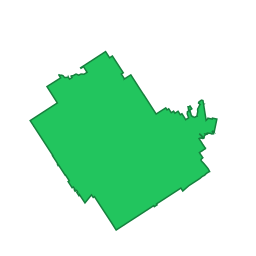 Swan, Western Australia, Australia, rotated 237°
{"feature_id": "25037944B80977400134390", "entity_name": "Swan", "entity_type": "district", "adm_level": 2, "iso_a3": "AUS", "parent_name": "Australia", "parent_adm1": "Western Australia", "projection": "albers", "projection_center": [116.002, -31.77], "detail": "fine", "context": "isolated", "style": "filled", "palette": "green", "viewbox_px": 256, "rotation_deg": 237, "n_neighbors": 0, "source": "geoboundaries", "source_scale": "gbopen_adm2", "svg_char_len": 4966}
<svg xmlns="http://www.w3.org/2000/svg" viewBox="0 0 256 256"><g transform="rotate(237 128 128)"><path d="M78.7,184.9L78.7,185.0L79.1,185.0L79.4,185.2L79.5,185.3L80.0,185.2L80.3,185.3L80.7,185.3L81.2,185.3L81.8,185.2L82.1,185.1L82.4,185.0L82.7,184.9L83.2,184.8L83.6,184.7L83.9,184.7L84.0,184.7L84.3,184.6L84.1,184.8L83.9,184.9L83.7,184.9L83.3,185.0L82.8,185.2L82.6,185.2L82.3,185.3L81.9,185.4L81.3,185.6L81.2,185.6L80.9,185.6L80.6,185.5L80.0,185.6L79.6,185.5L79.0,185.3L78.7,185.2L78.4,185.2L78.4,185.3L78.2,185.7L78.2,185.8L78.2,186.3L78.3,186.4L78.4,186.6L78.7,186.6L78.9,186.7L79.3,187.1L79.5,187.5L79.7,187.8L79.8,188.0L79.9,188.4L80.0,188.5L80.1,188.8L80.1,189.0L80.2,189.3L80.3,189.4L80.5,189.4L80.9,189.4L80.8,189.5L80.6,189.5L80.3,189.5L80.2,189.5L80.1,189.9L80.0,190.1L79.9,190.3L79.8,190.7L79.7,190.9L79.7,191.1L79.7,191.3L79.7,191.5L79.8,191.6L79.8,191.8L79.9,192.3L80.0,192.3L80.2,192.1L80.2,191.8L80.2,191.6L80.2,191.4L80.1,191.1L80.1,190.8L80.2,190.7L80.4,190.8L80.5,190.8L80.5,191.0L80.6,191.3L80.5,191.5L80.5,191.8L80.4,192.0L80.2,192.2L80.1,192.3L79.9,192.6L79.3,193.3L79.0,193.7L78.8,193.9L78.6,194.2L77.8,194.7L77.6,194.8L77.3,195.1L77.1,195.5L76.9,196.0L76.7,196.3L76.6,196.5L76.8,196.6L77.1,196.5L77.5,196.9L78.2,196.7L78.2,196.8L77.9,197.2L77.7,197.4L78.1,197.3L79.1,196.9L79.2,197.3L79.0,197.5L78.1,198.5L87.1,207.4L90.3,204.2L89.6,203.5L92.7,200.4L92.3,200.0L92.3,199.8L92.2,199.3L91.9,197.7L92.8,198.2L93.0,198.2L101.4,201.9L101.6,202.0L102.1,202.3L102.8,202.6L103.9,203.0L104.4,203.3L105.8,203.9L106.8,204.4L106.8,204.5L106.9,204.4L110.2,205.8L111.1,205.1L111.3,204.9L111.4,204.6L111.4,204.4L111.3,203.7L111.3,202.6L111.1,202.5L111.2,202.3L111.3,202.3L111.3,202.2L111.2,201.7L110.9,201.1L110.6,200.9L110.4,200.7L110.1,200.8L109.3,201.2L109.0,201.2L108.8,201.2L108.5,201.0L108.4,201.1L108.3,200.8L107.5,199.5L107.1,198.8L107.0,198.6L106.7,198.2L106.5,197.7L106.2,197.1L106.0,196.8L105.8,196.6L105.5,196.4L105.2,196.2L104.2,195.7L103.7,195.4L103.4,195.1L102.0,193.7L101.4,193.2L101.2,193.1L101.0,192.9L100.8,192.5L100.2,192.4L100.5,191.5L100.6,191.1L100.6,190.9L100.6,189.7L101.0,189.5L102.0,188.5L102.6,188.6L103.0,188.2L103.5,187.8L107.8,189.1L107.8,188.9L108.0,189.0L108.0,188.9L109.3,189.3L109.3,192.0L112.7,192.0L112.7,191.8L112.6,190.8L112.6,190.7L113.1,189.9L112.8,189.8L109.3,188.3L109.3,188.1L109.3,186.7L108.5,186.1L107.8,185.5L107.6,185.4L107.4,185.3L105.7,184.9L103.5,184.4L103.5,182.5L103.6,182.4L103.5,180.9L104.6,180.9L105.3,181.0L105.5,181.0L106.4,181.0L109.8,181.0L110.6,181.0L110.6,179.1L114.8,179.1L114.8,175.4L116.2,175.4L116.4,175.4L116.8,175.4L117.3,175.4L117.3,172.6L120.6,172.6L121.9,172.6L121.9,170.6L124.3,170.6L124.4,159.2L147.0,159.3L147.0,159.2L151.7,159.2L155.0,159.2L171.0,159.3L171.0,159.2L171.1,153.3L171.1,151.7L171.2,151.8L174.4,151.8L176.9,151.8L176.9,153.9L176.9,154.1L181.7,154.1L196.9,154.1L196.9,150.8L204.3,150.8L204.3,143.7L204.3,142.1L204.3,140.9L204.3,130.9L204.3,121.1L203.7,121.1L203.6,124.1L197.0,124.0L197.0,120.3L197.3,120.0L197.5,119.8L198.7,118.2L198.8,118.0L198.9,117.6L199.0,117.3L199.0,116.1L199.0,115.8L199.1,115.4L199.4,115.4L200.0,114.8L200.3,114.7L201.3,114.0L201.6,113.5L201.7,112.1L201.7,111.1L201.9,110.2L202.6,108.7L202.4,108.5L200.8,108.5L200.8,105.6L201.5,105.6L202.5,105.6L203.3,105.7L203.2,105.6L203.3,105.3L203.6,104.6L204.3,103.2L204.6,102.9L204.9,102.3L207.2,102.0L207.8,101.6L208.2,101.3L208.5,101.0L208.8,100.6L209.2,99.9L209.6,99.3L209.9,99.3L210.7,98.9L206.7,98.8L206.9,82.6L187.5,82.4L187.5,81.7L187.5,72.5L187.5,72.0L187.5,50.0L181.0,50.0L180.8,49.9L180.1,50.0L153.3,50.0L145.9,50.0L145.9,49.6L137.0,49.6L136.3,49.5L136.3,49.4L135.7,49.4L135.4,49.4L135.5,49.0L134.5,48.9L134.4,49.6L122.7,49.6L122.7,50.0L115.7,50.0L115.7,48.6L108.3,48.6L108.3,50.0L105.4,50.0L105.4,49.3L103.8,49.2L103.7,50.9L101.6,50.9L101.7,50.0L98.1,50.0L98.7,51.0L88.6,51.1L91.8,60.9L88.7,61.0L88.7,62.5L78.5,62.5L57.3,62.6L51.1,62.5L48.9,62.5L48.9,77.8L48.9,107.2L47.7,107.2L47.7,110.5L48.8,110.5L48.8,139.6L45.9,139.6L45.7,139.6L45.3,139.6L46.4,147.0L46.5,147.7L46.5,149.9L46.5,151.3L46.5,152.5L46.5,160.1L46.5,160.8L46.9,163.4L46.9,163.8L46.9,164.4L46.7,165.8L46.7,166.4L46.7,166.9L47.1,168.3L47.1,168.6L47.2,168.9L47.2,171.4L47.2,171.7L47.2,171.9L47.0,172.7L47.8,172.8L48.1,172.8L48.8,172.9L49.9,173.0L51.5,172.9L54.2,172.6L55.7,172.4L56.7,172.3L57.6,172.1L58.0,172.1L59.2,171.8L60.5,171.6L60.9,171.6L61.2,171.7L61.5,171.9L61.8,172.2L61.9,172.4L62.0,172.9L62.3,174.6L62.5,174.6L62.9,174.5L64.4,174.5L64.6,174.6L65.1,174.5L65.1,174.4L65.1,174.5L67.0,174.5L67.3,174.4L67.4,174.5L67.6,174.5L68.5,174.5L68.5,176.3L68.5,176.9L68.5,177.0L68.5,177.3L68.4,177.5L68.5,177.7L68.5,177.8L68.5,179.2L68.6,179.4L68.5,181.7L68.8,181.8L69.0,182.0L69.3,181.8L69.5,181.8L72.8,181.8L72.8,181.7L74.1,181.7L75.1,181.8L80.5,181.8L80.5,182.3L80.3,182.6L80.1,183.0L80.2,183.3L79.9,183.6L79.4,184.1L79.2,184.3L79.0,184.6L78.9,184.6L78.8,184.8L78.7,184.9Z" fill="#22c55e" stroke="#15803d" stroke-width="1.5"/></g></svg>